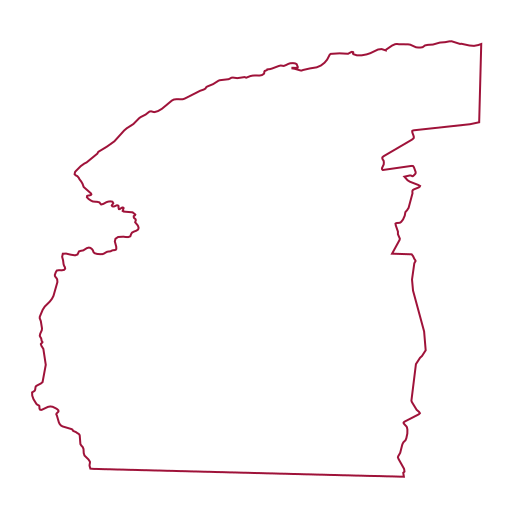 Karas, Equal Earth projection, rotated 91°
{"feature_id": "NAM-3338", "entity_name": "Karas", "entity_type": "Region", "adm_level": 1, "iso_a3": "NAM", "parent_name": "Namibia", "parent_adm1": "", "projection": "equal_earth", "projection_center": [17.311, -26.98], "detail": "fine", "context": "isolated", "style": "outline", "palette": "rose", "viewbox_px": 512, "rotation_deg": 91, "n_neighbors": 0, "source": "natural_earth", "source_scale": "10m", "svg_char_len": 5975}
<svg xmlns="http://www.w3.org/2000/svg" viewBox="0 0 512 512"><g transform="rotate(91 256 256)"><path d="M243.9,397.4L241.2,396.8L239.4,394.2L239.0,389.0L239.3,386.5L239.3,384.0L238.5,382.0L236.4,381.3L234.8,380.4L233.7,378.4L232.8,376.1L231.6,374.4L230.6,374.0L229.8,373.9L228.2,374.4L227.2,375.0L224.4,377.4L222.2,376.8L221.3,377.1L220.1,378.6L219.1,379.0L218.2,378.9L217.4,377.7L216.7,377.4L216.2,377.9L214.8,379.8L214.5,380.1L213.9,389.0L213.3,390.1L212.9,390.0L212.5,389.6L211.1,389.7L210.8,389.4L210.4,389.2L209.9,389.7L209.8,390.3L210.0,390.9L211.5,393.1L211.5,393.9L210.2,394.3L208.5,394.3L208.0,394.7L207.7,395.8L207.9,396.5L208.5,397.7L209.0,399.0L208.9,400.4L208.1,401.1L207.2,400.7L206.4,400.0L205.7,399.6L204.2,400.5L203.9,402.5L204.2,404.7L204.8,406.5L206.6,409.6L207.2,411.7L206.3,412.6L205.1,413.5L204.6,415.8L204.5,418.3L204.3,420.2L203.4,422.1L201.9,424.4L200.2,426.1L198.9,425.9L198.5,424.9L198.3,423.5L197.9,422.2L197.2,421.7L196.3,422.1L190.0,429.5L186.8,430.7L184.5,432.1L182.4,433.8L180.9,434.6L179.3,436.0L178.5,437.7L177.4,438.8L175.2,438.4L174.3,437.7L169.2,432.8L166.6,429.3L165.4,427.0L156.4,416.4L154.9,415.7L154.3,415.0L149.2,406.9L143.8,399.6L132.8,390.0L130.5,387.4L126.2,380.9L120.2,375.2L119.1,373.7L116.5,368.8L113.7,365.4L113.3,364.6L113.2,363.3L113.8,361.0L113.9,360.0L112.8,356.5L110.5,352.7L102.1,342.9L101.0,340.9L100.6,338.2L100.6,332.4L100.4,331.5L99.9,330.1L91.8,314.8L90.5,311.2L89.5,309.5L88.1,308.7L87.4,307.7L84.9,301.9L81.4,296.6L80.9,295.4L79.7,286.5L79.2,285.4L78.7,284.6L78.2,283.7L78.0,282.3L78.5,277.8L77.3,270.5L77.9,268.9L76.2,264.8L75.7,262.6L75.5,260.1L75.5,255.5L75.0,253.2L73.7,251.3L73.1,251.0L71.6,250.9L70.8,250.5L70.7,250.0L70.1,248.8L69.5,247.8L69.2,247.8L68.9,245.3L68.3,243.3L65.6,236.5L65.1,234.6L65.5,231.6L64.6,229.4L63.4,227.1L62.7,225.2L62.5,222.6L62.7,220.4L63.4,218.8L64.6,218.2L65.5,217.9L66.3,217.5L66.9,217.6L67.2,218.6L67.2,222.9L67.8,222.9L68.1,220.7L69.7,214.8L69.8,213.7L69.2,212.2L67.5,205.3L66.3,198.6L64.4,194.4L61.6,190.9L58.4,188.3L53.4,185.8L52.6,184.8L51.9,176.0L52.2,167.5L50.5,164.5L50.2,163.7L50.5,162.4L51.0,162.3L51.7,162.6L52.5,162.2L53.6,158.6L53.5,153.8L52.5,148.9L51.2,145.2L47.4,137.6L46.9,134.0L48.2,129.8L47.6,129.8L43.2,123.6L41.8,120.6L41.6,119.2L41.6,118.3L41.8,116.7L41.7,107.8L42.0,105.5L44.5,99.7L44.7,97.8L44.7,95.2L44.3,93.0L42.5,90.7L41.9,87.9L41.5,82.8L39.4,75.9L38.9,70.6L38.0,66.4L37.9,64.1L40.4,55.7L40.2,54.4L41.8,46.3L42.1,41.7L41.2,37.4L40.1,34.5L40.3,34.5L118.4,35.2L120.5,44.3L127.5,99.9L127.7,101.0L128.1,101.9L128.9,102.0L129.9,101.8L133.0,100.6L134.1,100.3L135.2,100.3L136.1,101.1L137.0,102.2L154.1,130.3L155.2,131.4L156.3,131.4L157.4,130.9L158.4,130.1L160.1,129.8L162.2,129.9L166.0,131.6L167.2,131.4L167.8,130.7L163.3,102.7L163.2,101.6L163.3,100.6L164.0,100.0L164.9,99.5L169.1,97.9L170.2,97.8L171.1,98.2L172.0,99.0L172.8,99.8L173.4,100.5L173.5,101.1L173.1,101.9L172.8,102.6L172.8,103.7L174.1,109.0L177.6,105.8L179.0,103.5L182.1,95.1L183.1,93.2L183.8,93.5L184.6,94.5L186.6,99.2L187.3,100.3L188.0,100.7L189.1,100.8L190.5,100.6L205.3,104.3L206.0,104.8L207.4,105.6L209.5,107.4L213.1,108.0L216.9,109.6L219.3,111.4L220.1,112.4L220.4,113.8L220.5,115.2L220.7,116.4L221.2,117.1L222.9,116.8L229.2,114.5L231.7,114.5L236.1,112.5L237.4,112.7L251.3,120.0L251.6,100.4L253.5,98.9L256.0,97.7L257.4,96.7L258.0,96.4L258.6,96.5L259.5,97.1L260.6,97.6L276.8,99.6L287.8,98.4L328.5,86.6L347.3,84.7L353.1,88.3L354.9,90.2L361.3,94.2L398.0,98.1L399.3,97.6L407.0,92.7L408.8,90.5L409.5,89.9L410.3,89.4L411.0,90.0L411.5,90.6L418.8,104.2L419.6,105.3L420.3,105.6L421.3,105.0L423.9,102.5L424.7,102.1L426.9,101.6L430.9,101.6L435.5,102.5L437.6,103.3L439.6,105.3L440.9,106.0L442.2,106.5L450.3,108.4L453.9,110.4L454.9,110.6L456.7,109.8L466.1,104.3L467.4,104.0L469.0,103.8L470.2,105.0L474.1,104.3L474.1,109.1L474.0,115.5L474.0,121.8L473.9,128.1L473.9,134.4L473.9,140.7L473.8,147.0L473.8,153.3L473.7,159.6L473.7,165.9L473.6,172.2L473.6,178.5L473.5,184.8L473.5,191.1L473.4,197.4L473.4,203.7L473.3,209.9L473.3,216.2L473.2,222.5L473.2,228.8L473.1,235.1L473.1,241.4L473.0,247.6L473.0,253.9L472.9,260.2L472.9,266.5L472.8,272.7L472.8,279.0L472.7,285.3L472.7,291.5L472.6,297.8L472.6,304.1L472.5,310.3L472.5,316.6L472.4,322.8L472.4,329.1L472.3,335.3L472.3,341.6L472.2,347.8L472.2,354.1L472.1,360.3L472.1,366.6L472.0,372.8L472.0,379.1L471.9,385.3L471.9,391.5L471.8,397.8L471.8,404.0L471.7,410.2L471.7,414.6L471.5,417.9L468.9,418.7L468.1,418.8L465.4,418.4L464.5,418.5L462.3,420.0L458.5,424.0L456.1,424.8L452.0,425.1L450.1,425.9L448.5,427.4L447.1,428.3L438.7,429.1L438.0,429.3L437.1,430.0L436.6,430.8L436.1,431.7L435.3,432.8L434.9,433.7L434.1,435.7L433.6,436.1L432.8,436.5L432.3,437.4L429.8,446.3L429.0,447.9L427.5,449.3L425.8,450.2L419.0,452.3L417.8,452.9L417.0,452.7L415.0,450.8L413.8,450.9L412.7,452.0L411.8,453.5L410.3,456.7L410.0,459.0L410.5,461.4L413.6,467.7L413.5,469.1L412.5,469.8L409.8,470.0L409.3,470.4L408.4,472.2L407.7,473.0L403.0,476.0L399.5,477.3L396.3,477.5L394.9,475.3L394.5,474.9L393.6,474.5L390.7,474.1L390.1,473.8L389.3,472.7L387.2,468.8L385.8,467.2L368.5,464.3L352.6,467.0L349.5,469.0L347.8,469.6L347.4,469.4L346.4,468.3L346.0,468.0L345.5,468.1L344.8,468.7L344.4,468.9L342.7,469.2L341.8,469.5L341.2,470.0L339.6,470.8L337.5,470.4L334.0,468.9L332.2,468.7L324.9,470.0L321.9,471.2L320.4,471.1L313.4,468.3L310.2,466.3L305.2,461.4L302.4,459.3L299.4,457.8L285.5,454.1L282.8,454.4L281.9,454.9L280.3,456.2L279.5,456.7L278.4,456.8L275.7,455.9L274.0,454.9L273.6,452.7L273.7,450.0L273.2,447.6L272.0,446.6L270.5,446.9L269.0,447.8L267.3,448.3L263.8,448.8L260.2,449.8L257.1,449.2L256.9,445.9L257.9,441.3L258.5,436.9L257.6,434.5L254.5,433.1L253.9,431.3L253.4,428.8L251.1,425.3L250.5,423.3L250.8,421.7L251.9,420.2L253.3,419.1L254.7,418.7L256.0,417.5L256.7,414.9L256.9,411.9L256.8,409.5L256.3,408.2L255.0,406.1L254.4,405.0L254.1,403.6L254.0,402.5L253.8,401.4L253.0,400.0L252.7,398.9L252.6,397.5L252.2,396.3L251.3,395.8L249.2,395.9L243.9,397.4Z" fill="none" stroke="#9f1239" stroke-width="2"/></g></svg>